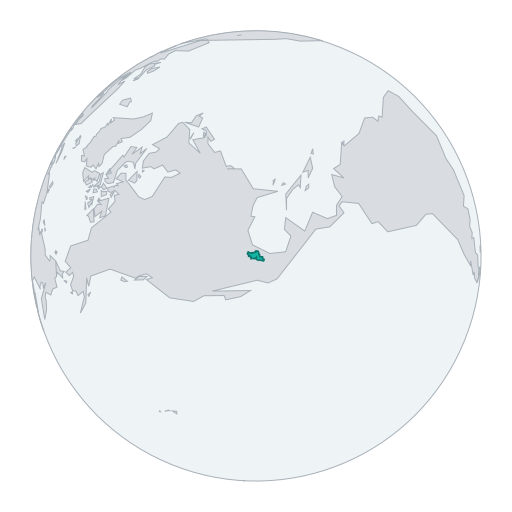 globe centered on Nuevo León, rotated 292°
{"feature_id": "MEX-2714", "entity_name": "Nuevo León", "entity_type": "State", "adm_level": 1, "iso_a3": "MEX", "parent_name": "Mexico", "parent_adm1": "", "projection": "orthographic", "projection_center": [-99.943, 25.492], "detail": "fine", "context": "on_globe", "style": "filled", "palette": "teal", "viewbox_px": 512, "rotation_deg": 292, "n_neighbors": 0, "source": "natural_earth", "source_scale": "10m", "svg_char_len": 11658}
<svg xmlns="http://www.w3.org/2000/svg" viewBox="0 0 512 512"><g transform="rotate(292 256 256)"><circle cx="256" cy="256" r="225" fill="#eef3f6" stroke="#a8b0b8"/><path d="M42.8,328.4L43.3,329.9L43.3,330.0L42.8,328.4ZM338.6,315.7L333.5,314.2L329.0,321.4L310.7,313.5L303.3,301.4L242.7,284.1L235.5,277.3L234.0,266.2L207.0,228.5L221.9,263.8L212.6,257.0L204.0,244.3L207.4,241.3L199.7,222.7L190.5,215.2L184.9,191.7L193.1,163.2L197.0,168.0L198.5,161.1L193.8,155.0L190.3,152.7L189.2,125.7L175.6,110.4L165.3,112.2L172.3,107.2L148.6,115.8L137.3,114.6L153.8,112.1L158.4,109.0L152.6,105.9L156.0,102.2L155.2,98.9L159.8,94.9L169.0,94.5L172.2,92.1L167.9,90.2L169.8,85.6L175.7,88.7L179.6,81.1L195.9,80.4L207.7,94.3L220.4,92.9L242.5,105.1L244.3,101.5L253.7,104.8L259.3,102.1L261.8,105.8L264.0,100.5L260.6,97.8L260.5,94.7L263.4,93.0L267.2,97.2L266.3,98.6L268.9,99.0L269.5,101.9L270.9,99.6L275.0,105.2L275.3,97.4L282.3,100.0L283.9,104.4L277.9,106.8L266.9,125.2L266.6,131.6L272.3,137.5L295.1,141.9L297.2,148.2L304.3,154.6L305.8,149.4L300.8,142.8L305.3,135.4L298.6,128.8L299.5,125.1L294.9,117.7L301.9,116.0L311.1,118.5L315.2,124.8L319.4,126.3L320.5,118.4L333.1,129.0L349.9,134.6L352.5,138.0L348.4,147.2L335.6,151.4L330.4,165.8L340.1,153.9L346.4,163.8L350.1,164.6L353.5,162.9L353.6,158.3L357.0,161.5L348.7,173.8L345.4,171.1L348.1,167.0L342.1,169.4L336.5,178.8L340.1,183.7L327.9,194.8L330.3,198.6L329.0,203.5L325.9,196.5L331.2,209.7L317.3,228.3L324.2,252.1L310.6,235.2L301.5,234.4L291.0,236.3L292.0,240.2L276.8,238.9L265.0,248.5L263.5,267.9L271.0,281.9L287.6,280.9L291.3,272.4L302.7,269.2L297.4,291.9L317.8,292.1L317.4,308.2L323.8,315.4L333.3,311.7L343.4,313.6L349.6,303.1L359.9,295.7L361.3,308.3L366.1,295.2L372.5,299.8L392.5,293.2L391.2,296.6L408.2,305.6L424.6,305.0L428.4,312.2L426.6,318.5L431.9,317.4L431.9,320.9L450.8,314.7L458.8,316.6L457.4,328.5L448.4,347.3L435.1,378.3L417.7,395.4L409.7,407.0L390.0,426.3L379.9,429.7L379.2,434.7L370.6,440.5L363.1,443.3L358.7,447.7L353.0,449.6L354.7,451.0L341.1,458.3L340.0,461.1L329.0,466.1L328.5,467.3L325.9,468.0L322.1,469.3L320.3,470.2L314.3,470.6L317.3,467.0L323.0,464.2L319.6,464.5L332.1,456.8L327.0,459.0L335.7,448.1L346.8,436.9L361.3,403.9L358.5,398.0L344.4,393.2L327.8,369.1L333.6,356.3L329.4,351.4L343.2,331.5L338.6,315.7ZM79.9,241.7L81.0,236.5L82.3,240.7L79.9,241.7ZM80.3,232.8L80.2,234.7L80.0,233.0L80.3,232.8ZM79.3,231.2L80.0,232.4L79.0,231.6L79.3,231.2ZM77.7,229.7L78.6,230.3L78.4,230.4L77.7,229.7ZM324.6,260.4L347.9,267.4L336.0,271.4L338.0,268.8L331.8,265.2L320.8,262.8L310.0,267.1L324.6,260.4ZM75.8,225.8L75.5,224.7L76.4,224.8L75.8,225.8ZM331.9,245.3L327.9,245.2L331.6,244.3L331.9,245.3ZM188.2,152.4L193.3,155.3L196.3,162.6L191.7,160.5L188.2,152.4ZM183.0,139.6L186.4,139.5L184.4,146.2L183.1,144.1L183.0,139.6ZM157.1,114.7L160.6,116.2L156.0,116.1L157.1,114.7ZM154.2,99.1L152.1,100.0L152.6,97.9L154.2,99.1ZM291.4,119.3L293.1,118.6L293.1,120.3L291.4,119.3ZM287.8,117.0L286.5,119.5L284.6,118.8L285.5,117.2L287.8,117.0ZM160.1,90.2L161.5,87.0L161.7,90.1L160.1,90.2ZM289.8,114.0L281.4,117.3L278.1,116.1L278.5,109.3L289.8,114.0ZM163.3,85.0L166.5,77.7L162.2,78.8L176.3,72.2L168.9,80.2L169.8,83.8L166.6,83.1L163.3,85.0ZM258.3,97.7L262.0,100.5L256.2,99.8L258.3,97.7ZM254.6,98.0L236.9,101.3L232.9,96.7L239.7,96.3L232.3,92.0L239.0,88.1L244.6,89.6L245.8,93.2L247.4,89.0L254.6,98.0ZM183.7,70.0L185.8,68.5L185.3,70.1L183.7,70.0ZM260.0,93.4L256.8,94.3L253.1,90.3L258.8,87.9L258.2,89.9L260.0,93.4ZM227.0,93.0L225.3,89.9L230.3,85.7L230.2,84.0L238.8,87.6L227.0,93.0ZM260.5,90.0L261.8,86.8L266.3,87.3L262.9,92.4L260.5,90.0ZM249.7,90.4L248.2,88.5L250.9,88.7L249.7,90.4ZM282.7,87.9L279.0,88.7L276.7,86.6L282.7,87.9ZM262.0,85.6L260.5,85.5L259.2,84.8L261.0,82.9L262.0,85.6ZM241.7,84.6L244.2,83.7L238.5,82.9L242.0,80.1L247.0,83.2L246.3,80.7L247.4,79.9L250.3,83.3L241.7,84.6ZM258.8,79.2L266.4,82.7L273.9,81.6L276.1,83.3L263.7,84.9L258.8,79.2ZM253.6,81.3L257.3,80.4L258.2,82.8L256.1,84.9L253.6,81.3ZM242.5,77.3L235.8,80.7L235.0,80.0L242.5,77.3ZM260.8,78.4L258.9,77.6L261.2,78.0L260.8,78.4ZM247.9,77.0L245.7,78.2L244.8,77.3L247.9,77.0ZM257.0,75.2L259.5,76.2L258.2,77.6L257.0,75.2ZM252.7,75.6L252.0,74.1L256.2,77.5L251.9,76.3L252.7,75.6ZM247.4,75.9L246.1,75.8L248.5,75.5L247.4,75.9ZM260.5,69.6L266.2,73.6L263.3,76.5L258.2,72.2L260.5,69.6ZM323.0,470.4L314.1,471.0L319.7,470.5L327.0,467.9L330.5,467.9L323.0,470.4ZM343.1,462.6L349.5,459.9L350.1,459.9L345.8,461.8L343.1,462.6ZM401.8,84.3L400.6,83.8L405.5,87.8L406.6,88.5L411.4,92.9L408.4,91.4L416.3,101.1L435.0,124.0L437.8,130.4L436.2,132.6L420.7,116.6L416.2,104.3L410.6,99.4L404.1,97.3L403.3,94.1L400.1,92.0L397.6,87.8L386.9,78.7L383.3,74.6L372.0,68.6L368.6,65.9L376.3,70.0L379.7,71.2L369.9,62.7L366.0,60.4L359.4,57.4L357.6,55.9L352.5,54.1L343.4,49.3L350.2,54.0L342.7,51.7L333.3,47.9L332.1,48.3L347.3,54.5L352.2,56.4L354.5,56.5L369.1,63.7L374.0,67.3L363.3,63.8L369.1,68.9L358.3,64.8L323.9,48.9L313.2,44.2L310.3,39.3L316.9,40.8L321.2,43.0L323.8,42.2L320.4,41.6L318.9,40.7L311.3,39.0L309.9,38.4L305.1,38.3L302.4,37.3L305.5,37.3L292.1,35.0L284.7,33.4L282.3,33.3L281.9,33.6L272.8,31.9L271.5,31.9L274.0,32.4L272.9,33.0L267.5,33.7L264.7,33.0L266.3,32.7L265.2,31.5L269.8,31.3L268.1,31.2L263.4,31.2L264.7,32.6L262.3,33.2L260.7,32.3L261.1,32.7L259.0,32.8L254.2,32.5L255.5,33.6L236.3,38.5L225.1,39.2L225.9,37.3L209.4,42.2L198.2,44.0L200.5,44.3L194.2,47.7L197.6,47.1L198.2,47.6L183.5,57.8L177.9,60.2L174.1,66.3L175.3,66.6L179.3,65.0L176.3,72.2L162.2,78.8L160.2,77.6L152.6,83.1L149.2,79.9L143.0,80.3L143.6,74.6L138.6,76.0L136.2,78.1L127.6,82.0L118.0,83.9L136.3,72.9L152.6,71.2L146.9,70.7L151.3,68.3L151.2,66.7L146.8,67.0L144.4,68.6L153.5,58.3L149.4,57.9L142.0,62.6L135.0,66.7L125.8,72.1L139.6,63.1L154.1,55.1L169.1,48.2L184.5,42.4L200.4,37.7L216.5,34.2L232.9,31.9L249.4,30.8L265.9,30.9L282.4,32.3L298.7,34.8L314.8,38.5L330.6,43.4L346.0,49.5L360.8,56.6L375.2,64.8L388.9,74.1L401.8,84.3ZM480.5,236.9L480.5,237.2L479.6,234.7L471.9,216.8L468.9,202.8L463.5,191.2L438.4,131.7L438.5,128.2L424.9,107.0L424.2,106.1L434.4,118.5L443.8,131.6L452.2,145.3L459.6,159.6L466.0,174.4L471.3,189.6L475.5,205.2L478.5,221.0L480.5,236.9ZM453.3,156.0L455.5,159.7L453.3,156.0ZM393.1,292.8L395.6,294.5L392.5,295.6L393.1,292.8ZM335.1,277.1L339.7,276.5L342.3,278.0L338.9,279.4L335.1,277.1ZM371.8,268.6L376.7,268.4L372.0,270.9L371.8,268.6ZM351.3,268.1L367.9,269.3L358.6,275.7L348.0,275.1L354.9,272.3L351.3,268.1ZM331.2,253.4L334.2,253.9L333.8,256.4L331.2,253.4ZM334.5,244.8L333.5,245.3L331.7,243.5L334.5,244.8ZM346.9,163.0L347.7,162.1L351.4,161.3L350.4,163.6L346.9,163.0ZM363.6,148.1L368.9,153.6L364.4,151.0L364.0,154.8L354.1,154.5L353.3,139.8L355.4,146.3L363.6,148.1ZM340.7,150.9L347.1,152.2L340.2,151.4L340.7,150.9ZM384.7,86.9L386.3,86.1L390.8,89.3L395.3,96.2L388.8,91.5L384.7,86.9ZM387.5,84.6L375.7,80.1L372.4,76.3L376.2,79.1L375.3,76.9L381.2,81.0L389.6,82.3L394.1,85.3L399.9,95.3L395.6,90.1L394.3,90.9L387.5,84.6ZM351.3,81.2L346.1,80.7L345.7,72.7L350.6,74.1L355.4,80.6L352.4,82.7L351.3,81.2ZM292.1,102.0L290.2,103.4L289.2,102.1L290.0,99.8L292.1,102.0ZM281.2,88.4L299.6,94.8L298.3,96.6L310.6,99.0L312.0,104.8L304.0,103.0L314.3,109.6L307.6,110.3L314.9,114.5L296.9,109.7L291.3,111.1L297.0,107.2L295.9,101.7L293.7,99.7L283.4,95.4L270.7,96.3L267.6,91.5L268.8,87.9L271.3,86.9L272.6,90.2L275.1,86.6L278.8,90.7L281.2,88.4ZM284.0,56.6L284.4,59.5L290.1,55.6L293.8,58.5L294.3,57.9L299.3,59.8L306.2,61.1L307.0,62.7L309.3,62.6L312.7,64.1L316.2,64.5L318.9,67.8L323.3,68.8L322.1,69.8L329.0,70.7L325.1,71.5L329.1,73.9L330.8,71.8L337.1,91.1L342.8,99.5L349.7,106.4L342.1,107.7L330.7,102.5L318.8,94.7L314.4,86.8L311.8,89.2L308.9,86.2L312.2,85.6L305.4,84.9L303.9,82.4L293.2,77.3L284.3,78.6L280.2,77.0L282.9,75.3L276.9,75.0L279.3,70.9L276.4,69.8L275.9,65.0L282.9,62.8L279.1,61.8L278.6,58.5L284.0,56.6ZM260.6,68.2L268.1,64.2L273.8,64.1L272.3,72.7L274.6,74.3L273.9,80.4L265.6,80.6L266.5,78.8L265.6,77.1L268.6,77.7L265.4,75.9L266.7,73.5L264.6,71.6L267.6,70.7L260.6,68.2ZM417.7,100.0L416.1,98.1L420.5,102.3L421.7,103.9L417.7,100.0ZM411.4,93.8L415.7,97.7L414.1,96.5L411.4,93.8ZM374.4,68.5L372.2,66.7L373.4,67.1L376.4,68.9L374.4,68.5ZM301.8,48.0L301.1,49.0L299.5,48.7L293.9,49.9L290.7,48.1L292.8,46.7L301.8,48.0ZM297.3,46.2L295.4,46.8L295.0,45.6L297.3,46.2ZM288.1,47.0L286.9,45.5L289.7,48.1L288.1,47.0ZM267.0,35.9L278.4,35.8L284.4,35.5L284.5,34.5L289.3,36.3L280.0,36.8L267.0,35.9ZM240.4,38.0L240.4,39.5L237.1,39.4L236.7,39.1L240.4,38.0ZM242.6,38.5L248.7,39.6L246.6,40.8L242.2,39.7L242.6,38.5ZM273.4,41.6L277.0,41.5L277.2,42.4L273.4,41.6ZM43.3,330.0L42.5,328.0L42.8,328.4L43.3,330.0ZM115.8,79.7L116.8,78.9L109.8,84.8L106.7,87.3L115.8,79.7ZM116.4,79.4L120.0,76.4L137.5,65.4L139.5,64.7L122.4,75.3L125.0,73.2L121.9,75.2L116.4,79.4ZM183.9,68.3L185.6,68.4L183.1,69.4L183.9,68.3ZM200.3,47.2L200.7,48.0L197.7,48.8L200.3,47.2ZM200.3,50.9L203.3,49.4L201.3,51.2L200.3,50.9ZM209.9,46.1L205.1,48.9L208.0,45.9L209.9,46.1Z" fill="#d9dde1" stroke="#a8b0b8" stroke-width="1"/><path d="M256.5,247.0L256.7,247.3L256.8,247.4L256.6,247.5L256.4,247.6L256.1,247.8L256.1,248.0L256.6,248.2L256.7,248.3L256.7,248.6L256.8,249.0L256.8,249.3L256.9,249.5L256.8,249.8L256.8,250.1L256.7,250.3L256.8,250.5L257.0,250.5L257.3,250.6L257.3,250.8L257.2,250.9L257.2,251.0L257.0,251.3L257.3,251.3L257.5,251.4L257.7,251.5L257.9,251.5L258.0,251.8L257.9,252.0L257.8,252.3L257.9,252.5L258.0,252.5L258.1,252.4L258.2,252.5L258.3,252.6L258.4,252.8L258.5,252.9L258.7,253.0L258.8,253.2L258.8,253.4L258.8,253.7L258.9,253.8L258.9,253.7L259.0,253.7L259.3,253.6L259.5,253.8L259.7,254.1L259.8,253.9L260.0,253.7L260.1,253.8L260.3,253.8L260.5,253.9L260.9,254.0L260.9,254.3L260.9,254.7L260.9,255.5L260.9,255.8L260.9,256.0L261.0,256.0L261.3,256.0L261.3,256.3L261.2,256.4L259.8,257.5L259.7,257.6L259.4,257.6L259.2,257.5L258.9,257.7L258.8,257.8L258.7,257.9L258.8,258.0L258.7,258.3L258.7,258.5L258.8,258.7L258.8,258.8L258.7,258.8L258.5,258.7L258.4,258.7L258.2,258.7L258.2,258.8L257.9,258.8L257.7,258.9L257.7,259.0L257.5,259.3L257.4,259.3L257.1,259.3L256.9,259.5L256.7,259.6L256.8,259.8L256.8,260.0L257.2,259.8L257.3,260.4L257.3,260.5L257.2,261.0L257.2,261.3L257.2,261.5L257.3,261.6L257.4,261.8L257.5,261.8L257.7,262.0L257.8,262.2L257.8,262.3L257.7,262.3L257.3,262.7L257.2,262.8L256.9,262.8L256.7,262.8L256.4,262.9L256.3,263.0L256.2,263.3L256.0,263.6L256.0,263.9L256.1,264.0L256.1,264.3L255.9,264.3L255.8,264.2L255.6,264.2L255.4,264.3L255.5,264.5L255.6,264.8L255.3,264.8L255.1,264.8L254.6,264.8L254.6,265.0L254.4,265.0L254.2,264.9L254.1,264.7L254.2,264.4L254.1,264.1L254.2,263.9L254.1,263.7L254.0,263.3L254.0,263.2L254.1,262.9L254.1,262.7L253.9,262.4L253.7,262.1L253.6,261.8L253.6,261.5L253.6,261.3L253.6,261.1L253.6,260.9L253.6,260.7L253.3,260.3L253.1,260.0L253.0,259.8L252.8,259.6L253.0,258.9L253.1,258.7L253.0,258.4L253.0,258.2L253.0,257.9L252.9,257.8L252.9,257.6L253.0,257.4L253.3,257.2L253.5,257.1L253.9,257.0L254.0,257.0L254.3,257.1L254.5,257.2L254.8,257.1L254.9,256.9L255.1,256.8L254.8,256.7L254.7,256.6L254.4,256.5L254.2,256.6L254.1,256.4L253.9,256.3L253.7,256.2L253.4,256.0L253.3,255.9L253.6,255.9L253.8,256.0L253.8,255.9L253.7,255.8L253.5,255.7L253.4,255.5L253.2,255.5L253.1,255.4L252.9,255.1L252.8,254.8L252.8,254.7L252.8,254.4L252.8,254.2L252.7,254.1L252.5,253.9L252.5,253.7L252.4,253.5L252.4,253.4L252.2,253.4L252.0,253.2L251.9,252.9L251.8,252.7L251.5,252.5L252.3,251.8L253.2,251.1L253.3,251.6L253.5,251.3L253.7,251.2L253.8,250.6L253.9,250.4L253.9,250.1L253.9,249.9L253.6,249.8L253.5,249.7L253.4,249.7L253.4,249.8L253.3,250.0L253.2,250.0L253.2,249.9L252.9,249.4L253.0,249.3L253.0,249.2L253.4,249.0L253.5,248.9L254.0,248.6L254.3,248.6L254.3,248.4L254.4,248.2L254.4,247.9L254.5,247.7L254.6,247.4L254.8,247.2L255.0,247.1L255.8,247.5L256.4,247.1L256.5,247.0Z" fill="#14b8a6" stroke="#0f766e" stroke-width="1.5"/></g></svg>